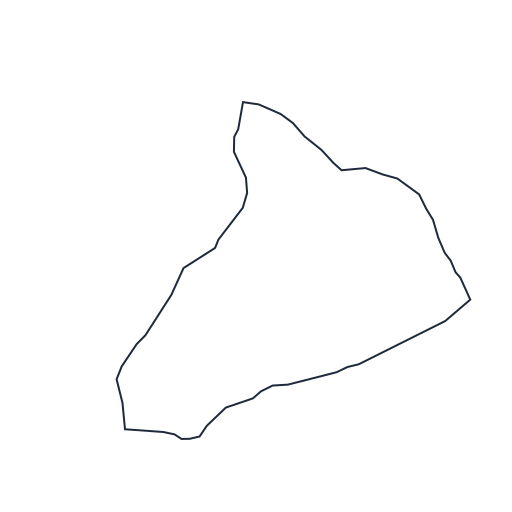 map outline of Al Mahwit (orthographic projection), rotated 159°
{"feature_id": "YEM-152", "entity_name": "Al Mahwit", "entity_type": "Governorate", "adm_level": 1, "iso_a3": "YEM", "parent_name": "Yemen", "parent_adm1": "", "projection": "orthographic", "projection_center": [43.616, 15.304], "detail": "fine", "context": "isolated", "style": "outline", "palette": "slate", "viewbox_px": 512, "rotation_deg": 159, "n_neighbors": 0, "source": "natural_earth", "source_scale": "10m", "svg_char_len": 780}
<svg xmlns="http://www.w3.org/2000/svg" viewBox="0 0 512 512"><g transform="rotate(159 256 256)"><path d="M213.0,404.3L199.2,396.6L182.1,379.7L173.9,366.9L167.8,350.2L156.8,331.4L150.4,315.2L145.4,305.4L122.3,298.9L108.6,286.8L96.3,277.7L81.6,255.0L80.2,239.3L77.8,226.3L79.3,207.7L78.7,191.4L75.9,181.8L75.5,169.2L73.0,162.7L71.6,138.5L102.6,127.5L198.9,118.1L210.5,119.6L222.2,118.6L272.4,124.5L286.9,129.1L299.8,127.9L309.9,124.2L338.5,125.3L362.8,115.1L373.4,107.7L383.4,109.1L391.1,111.9L396.0,118.7L405.8,125.0L440.4,141.2L433.3,166.7L430.3,190.9L421.0,201.0L399.0,216.5L387.7,221.6L348.9,250.1L328.0,270.7L291.3,278.2L285.2,284.8L251.1,305.7L241.7,318.0L237.3,332.8L239.3,361.1L233.6,375.1L227.2,380.7L213.0,404.3Z" fill="none" stroke="#1e293b" stroke-width="2"/></g></svg>